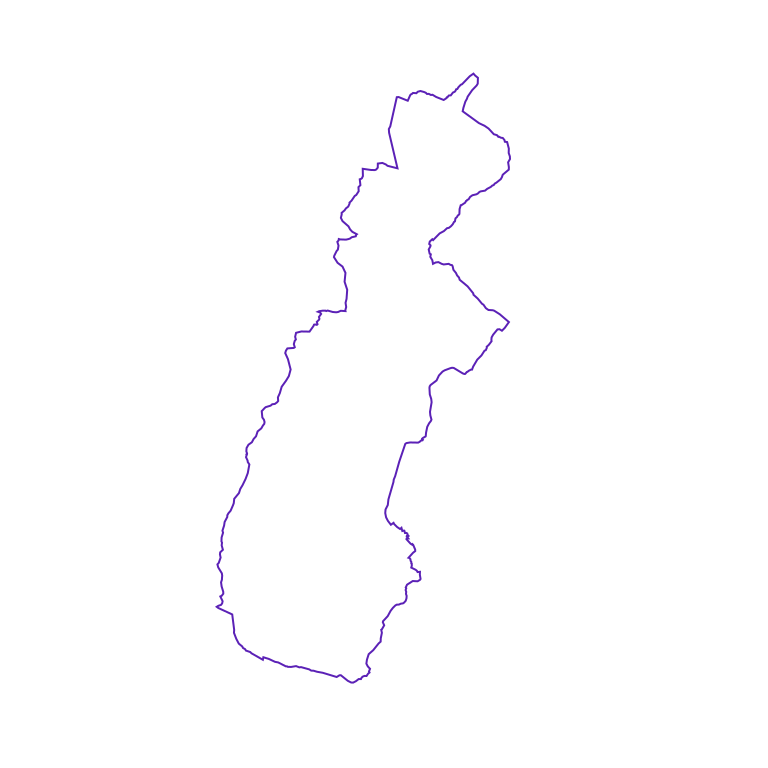 Tomsani, Vâlcea, Romania (Equal Earth projection), rotated 42°
{"feature_id": "2599482B78290821602499", "entity_name": "Tomsani", "entity_type": "district", "adm_level": 2, "iso_a3": "ROU", "parent_name": "Romania", "parent_adm1": "Vâlcea", "projection": "equal_earth", "projection_center": [24.055, 45.103], "detail": "fine", "context": "isolated", "style": "outline", "palette": "violet", "viewbox_px": 768, "rotation_deg": 42, "n_neighbors": 0, "source": "geoboundaries", "source_scale": "gbopen_adm2", "svg_char_len": 6160}
<svg xmlns="http://www.w3.org/2000/svg" viewBox="0 0 768 768"><g transform="rotate(42 384 384)"><path d="M564.3,618.7L564.0,618.1L563.9,615.9L564.8,614.0L566.4,612.7L566.0,609.9L566.3,608.1L565.2,607.7L564.2,605.0L560.9,604.7L558.0,603.6L555.8,600.3L553.4,595.0L554.1,589.0L553.6,580.4L553.9,577.7L551.8,575.2L548.9,570.3L546.4,568.5L546.6,567.8L545.6,563.2L542.5,561.8L542.0,560.8L542.1,554.0L540.7,548.2L540.4,544.4L540.6,541.0L541.1,539.5L542.7,537.9L543.5,536.0L544.9,534.3L545.2,533.1L545.2,530.6L544.1,528.2L542.6,526.3L540.8,525.3L539.6,523.6L537.9,522.6L537.2,520.9L536.3,520.7L535.4,517.7L537.2,511.2L541.0,508.1L541.8,505.4L541.6,504.4L538.2,501.7L536.4,499.5L534.8,501.3L533.3,500.8L531.8,500.9L527.1,502.2L526.3,500.5L524.8,498.9L524.3,499.0L523.3,497.9L522.1,497.6L520.8,496.5L519.3,496.3L518.5,496.7L518.5,489.9L519.0,487.3L518.0,486.2L513.3,484.0L512.3,484.0L512.4,484.6L510.6,484.9L504.5,484.3L504.2,483.7L505.4,482.5L502.7,481.9L502.6,481.3L503.8,480.9L503.9,480.5L502.5,480.3L501.3,479.5L500.3,479.7L499.3,480.7L497.3,479.4L496.9,479.5L496.0,481.0L493.2,479.2L493.0,481.0L489.5,481.5L485.3,481.3L484.0,480.8L483.3,484.0L478.5,483.1L474.8,481.7L471.3,479.1L469.1,476.2L467.8,471.4L464.5,466.8L456.6,450.5L455.2,448.5L454.0,445.1L447.3,431.5L439.9,414.3L440.2,412.9L442.5,410.0L448.6,404.7L449.2,403.1L449.3,401.4L450.3,400.1L450.2,399.5L449.3,399.7L448.9,399.2L449.1,397.8L450.0,395.2L449.9,394.8L447.8,392.0L444.8,386.9L443.8,383.0L443.6,380.2L443.1,378.7L439.4,376.3L436.8,373.9L431.6,365.7L429.1,363.5L425.0,361.1L420.3,356.4L419.5,355.1L419.3,353.5L420.7,346.2L419.1,340.9L419.2,335.6L419.9,333.3L422.7,327.9L423.7,326.4L425.1,325.4L435.5,323.4L437.0,322.8L437.6,322.1L437.5,319.7L437.9,319.1L438.1,317.6L439.0,315.1L439.8,314.4L438.6,311.4L437.0,303.5L437.3,297.5L436.4,292.0L437.0,290.8L436.2,288.3L435.4,287.6L435.7,284.9L435.3,280.2L434.4,279.5L432.8,277.4L432.1,274.3L431.8,267.5L433.2,266.0L436.0,265.5L436.2,261.5L435.4,254.4L423.4,254.7L416.8,255.8L415.5,256.4L412.1,259.1L409.0,259.5L404.8,258.5L403.2,258.8L396.4,257.8L390.8,257.8L389.6,256.9L380.8,255.5L370.5,255.9L368.5,254.7L365.7,254.4L363.1,253.3L359.2,252.7L356.1,250.5L354.9,250.2L353.7,251.0L351.7,251.4L348.4,255.2L346.5,256.1L342.9,257.0L341.1,259.1L340.0,261.9L337.1,259.7L333.3,258.5L332.0,256.3L330.7,256.6L327.2,254.1L326.4,250.7L325.8,249.8L323.9,249.7L322.7,247.5L323.0,244.1L324.2,244.2L324.6,234.8L326.2,230.3L326.6,226.0L327.7,224.6L328.2,222.0L328.2,219.3L327.6,216.7L327.9,215.7L326.3,213.1L326.5,211.0L326.1,209.5L326.4,207.7L326.1,207.0L323.1,203.4L321.4,199.8L321.9,199.2L323.0,194.9L322.5,193.2L322.8,192.6L322.7,191.4L323.3,190.2L322.8,187.4L323.4,184.6L325.8,181.1L326.3,179.5L326.4,177.4L327.0,176.1L329.7,172.7L330.1,169.9L331.5,166.1L331.7,164.0L332.4,162.8L332.2,161.0L332.8,159.2L333.7,153.6L333.2,151.3L332.3,149.3L332.3,148.2L333.3,141.2L331.7,139.3L327.9,136.2L327.1,132.5L325.2,130.6L322.1,128.9L319.2,125.5L313.6,121.8L311.7,123.1L310.3,122.1L307.6,121.7L306.2,122.7L303.6,123.4L303.5,123.8L301.4,123.5L298.5,124.9L290.8,124.2L286.1,124.8L280.0,126.6L260.0,128.7L258.2,125.6L255.5,119.7L254.8,116.6L253.9,114.5L252.9,106.7L253.1,100.2L252.7,98.1L248.9,93.6L245.3,93.8L242.8,93.5L241.8,97.9L241.4,109.0L240.8,110.3L240.7,113.7L241.1,115.7L240.4,116.8L240.9,118.0L241.0,119.5L240.2,121.3L240.5,124.8L239.1,126.3L239.3,128.6L238.9,128.8L239.0,130.4L238.3,133.0L230.7,135.8L226.5,136.6L225.5,137.8L223.2,138.4L221.8,139.7L220.2,139.6L218.4,140.2L215.0,141.9L213.5,144.3L213.5,146.2L210.8,148.3L210.6,149.9L210.2,150.8L210.2,151.8L212.1,157.6L202.8,161.0L201.6,162.3L216.3,188.4L217.0,191.3L219.7,193.9L249.7,214.7L240.6,219.5L238.5,219.6L234.9,220.8L231.9,224.3L234.6,227.4L234.7,229.8L234.1,231.1L231.2,233.6L224.2,238.3L229.2,243.6L229.9,245.9L229.8,246.6L229.0,248.1L233.4,252.0L233.3,254.8L236.2,257.7L236.9,262.1L236.4,263.8L237.2,269.5L237.0,272.3L237.7,272.9L238.7,276.1L238.2,279.0L238.5,281.3L238.0,285.2L239.1,286.3L240.8,289.4L244.2,290.7L252.1,290.6L255.4,291.8L258.6,292.1L263.6,290.9L263.5,291.8L264.2,293.1L261.8,296.6L261.4,298.7L260.6,300.1L259.2,302.1L254.8,305.8L253.4,306.5L254.2,307.7L254.2,309.6L257.6,311.6L259.8,315.0L259.8,316.9L261.2,321.9L261.9,323.2L268.4,325.0L274.6,324.5L281.0,327.2L286.3,334.4L293.6,338.6L299.2,345.8L301.1,349.4L304.4,352.1L305.9,355.1L306.6,355.6L302.9,358.5L301.7,361.2L300.5,362.7L297.7,364.8L293.0,367.1L292.2,368.5L291.5,368.6L289.4,370.5L287.1,373.3L286.6,374.5L288.8,373.6L290.4,374.0L290.8,377.7L292.3,378.7L292.7,379.5L292.5,382.8L294.6,384.1L294.5,385.0L292.9,385.9L292.3,386.7L292.8,388.2L293.6,394.9L287.4,400.3L284.4,404.8L286.4,408.4L288.7,409.9L288.8,411.7L290.3,414.7L293.1,416.4L292.8,417.6L288.4,422.2L288.8,424.8L289.9,427.1L296.0,429.8L304.9,435.7L308.0,441.8L309.0,447.2L309.8,454.5L312.7,460.5L314.1,464.9L316.7,467.4L316.8,469.1L316.2,471.9L314.5,473.8L314.2,476.0L311.6,480.3L311.4,481.5L311.3,486.0L316.0,490.3L318.7,490.9L320.7,492.2L321.7,493.8L321.8,495.8L322.5,499.1L321.8,503.8L323.9,508.5L323.9,512.1L324.8,515.7L323.9,519.8L324.7,523.5L326.7,526.1L328.8,527.3L329.3,528.1L329.0,528.5L329.5,528.8L330.4,530.7L333.9,532.2L334.9,533.1L337.8,533.9L342.4,541.4L344.7,547.3L346.6,553.9L347.4,558.1L349.2,562.1L349.5,569.5L352.1,573.1L352.9,575.1L354.8,580.8L354.9,584.3L355.4,586.4L356.5,587.7L357.9,593.2L359.9,596.2L362.1,601.1L363.9,602.2L366.0,606.7L368.5,609.7L369.8,610.3L371.3,612.5L375.2,615.0L374.9,618.7L376.1,620.4L378.7,622.3L380.9,627.5L380.9,629.5L383.5,631.2L390.2,633.2L392.0,634.7L393.2,636.3L394.5,637.9L395.6,640.4L398.8,643.1L403.6,646.0L404.9,647.4L405.1,650.0L404.5,651.4L409.4,653.4L410.5,655.3L410.7,657.2L409.3,659.7L408.8,661.5L410.9,661.3L425.4,656.8L437.2,667.0L439.0,669.3L444.7,672.2L449.8,674.1L454.3,673.9L455.8,674.5L458.3,674.0L459.7,674.5L464.0,672.7L465.7,672.8L478.5,670.0L477.2,667.8L482.3,665.4L488.9,663.4L491.7,661.7L500.0,659.5L500.9,658.7L501.7,658.6L504.3,656.4L507.4,652.5L510.7,651.2L511.8,649.9L519.4,646.1L521.7,645.7L523.5,644.2L526.7,642.7L531.7,639.6L544.9,633.4L545.8,630.3L546.8,629.3L555.7,628.8L559.4,627.8L560.9,626.5L562.0,623.6L562.6,620.2L564.3,618.7Z" fill="none" stroke="#5b21b6" stroke-width="2"/></g></svg>